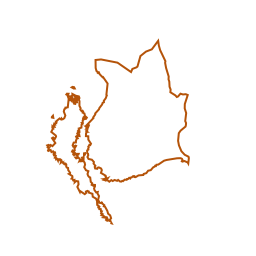 the district of Kota Bitung, Sulawesi Utara, Indonesia, rotated 125°
{"feature_id": "22746128B20507278995893", "entity_name": "Kota Bitung", "entity_type": "district", "adm_level": 2, "iso_a3": "IDN", "parent_name": "Indonesia", "parent_adm1": "Sulawesi Utara", "projection": "mercator", "projection_center": [125.223, 1.491], "detail": "fine", "context": "isolated", "style": "outline", "palette": "amber", "viewbox_px": 256, "rotation_deg": 125, "n_neighbors": 0, "source": "geoboundaries", "source_scale": "gbopen_adm2", "svg_char_len": 6041}
<svg xmlns="http://www.w3.org/2000/svg" viewBox="0 0 256 256"><g transform="rotate(125 128 128)"><path d="M87.3,189.4L90.9,193.6L97.4,188.9L99.4,186.5L99.4,184.5L100.8,184.6L99.7,184.4L100.2,184.3L100.2,184.1L99.2,183.7L100.2,182.0L101.0,177.8L100.6,177.6L103.3,170.2L113.3,164.7L113.4,164.1L116.5,163.3L119.6,163.4L120.7,162.5L122.0,163.2L123.6,162.7L128.1,162.9L129.3,162.5L134.9,163.2L135.7,162.6L139.3,162.6L139.7,162.0L149.6,163.5L149.6,162.6L148.1,162.5L148.1,161.6L150.3,161.1L151.1,162.9L151.4,161.3L152.0,161.0L152.3,161.7L152.6,161.7L151.9,160.7L153.5,160.0L154.3,160.3L154.4,159.6L154.7,160.2L155.1,159.8L154.9,160.0L154.4,159.4L154.6,159.2L156.3,159.4L158.8,157.8L157.6,155.8L160.3,153.8L162.1,149.3L163.7,149.1L164.0,150.0L164.5,150.0L164.1,149.8L166.1,149.8L166.5,149.0L167.8,148.8L168.4,148.1L169.8,148.6L172.1,146.9L172.1,145.9L173.2,144.9L175.0,144.6L176.0,142.6L174.7,139.4L175.4,136.4L176.9,135.8L177.7,133.0L178.9,133.0L180.0,131.7L179.0,129.8L178.0,130.1L177.0,129.3L176.6,126.8L177.5,125.3L180.3,124.4L179.9,119.0L180.7,118.6L180.7,118.0L182.2,117.2L181.8,116.9L182.0,116.7L183.8,118.6L183.6,117.6L180.7,115.8L181.7,115.8L184.1,117.3L183.8,116.5L184.4,116.7L182.6,115.0L182.7,112.5L180.3,111.8L180.2,110.1L178.3,109.2L177.5,106.6L176.2,106.3L176.4,103.9L175.8,102.8L174.6,102.4L174.4,101.6L172.2,101.1L171.2,99.4L170.4,99.6L169.7,98.7L168.3,98.5L168.1,97.3L167.3,97.6L166.5,96.7L164.5,96.2L163.8,95.2L164.5,94.6L163.9,93.6L160.8,92.2L157.7,88.5L156.6,88.8L154.5,87.1L151.4,87.0L149.5,85.2L145.7,84.8L144.3,84.0L143.4,84.1L143.1,83.3L141.8,83.6L140.6,82.2L134.1,79.7L132.0,78.0L124.6,70.4L122.5,67.5L122.3,66.1L122.9,65.0L124.4,64.8L124.3,64.1L122.7,62.9L122.0,59.4L122.5,58.3L117.7,60.9L116.8,62.0L117.4,66.2L116.4,70.9L113.0,76.3L109.8,79.6L103.1,83.4L100.0,83.4L93.8,81.7L92.3,82.3L90.6,83.3L89.5,85.1L82.4,88.9L79.4,92.8L75.8,95.2L66.7,98.0L67.2,100.1L69.0,102.2L69.8,104.7L73.5,105.1L74.6,105.8L74.1,107.9L74.4,113.8L72.0,115.2L70.4,117.6L66.3,120.8L64.9,122.7L62.5,124.2L57.0,131.2L53.3,135.0L51.8,135.7L45.8,146.3L42.8,150.0L39.3,153.3L49.9,153.6L55.1,157.1L61.9,159.1L72.2,155.5L73.4,155.8L77.1,158.3L80.4,157.6L80.5,174.1L87.3,189.4ZM215.0,91.2L214.4,88.8L213.3,90.2L211.6,90.1L209.8,92.5L209.6,95.1L207.7,97.5L205.6,101.8L206.0,102.9L204.8,103.2L204.6,106.2L205.8,108.8L204.7,109.6L204.5,111.1L200.4,112.7L199.0,115.7L197.8,116.1L199.0,117.2L198.1,119.8L196.9,121.2L194.7,121.6L193.6,122.4L194.2,123.4L195.2,123.4L195.4,125.2L193.8,125.6L193.5,127.6L190.2,130.6L190.5,131.4L190.0,133.3L188.9,134.8L186.1,135.7L186.7,138.2L185.2,141.4L182.7,142.1L181.2,143.7L180.6,145.5L177.4,147.6L178.7,148.7L179.8,146.8L180.8,146.9L181.2,146.2L182.2,147.4L181.2,147.6L181.1,148.4L182.6,148.9L181.4,149.2L180.8,150.7L180.8,151.7L182.6,153.0L182.3,154.1L180.8,152.2L179.9,153.2L179.7,154.4L178.2,154.4L177.9,153.5L177.5,153.6L178.8,155.5L181.2,156.7L181.1,157.6L179.2,157.6L179.8,158.6L179.1,159.5L179.4,160.3L178.2,160.5L177.9,158.8L176.8,158.8L175.7,160.0L172.4,160.3L172.5,160.9L174.7,162.0L174.0,163.4L171.1,164.1L169.7,162.4L168.2,163.4L165.6,163.9L165.2,163.4L164.9,164.0L165.5,164.4L164.8,165.6L163.4,165.1L162.4,163.1L161.2,164.4L162.1,165.5L161.7,166.4L160.2,166.5L159.3,165.4L158.4,166.0L158.8,167.3L156.2,167.3L156.2,167.7L154.4,166.4L151.8,168.0L150.6,167.6L150.3,168.7L149.6,168.1L147.9,169.4L146.6,169.2L146.4,170.1L144.7,170.6L143.9,170.4L143.7,169.3L145.2,168.3L144.5,167.6L143.1,167.7L142.8,170.2L141.1,172.0L141.4,173.9L140.3,174.1L139.9,175.2L140.8,175.8L140.2,177.7L139.0,178.1L137.7,180.5L133.9,183.1L132.7,184.7L131.1,185.2L130.3,186.4L131.4,189.0L132.0,186.2L132.6,186.0L132.3,185.1L133.8,185.4L133.7,186.9L136.1,184.6L136.7,185.7L138.5,185.0L139.0,186.1L137.1,188.1L136.5,187.8L136.5,188.4L135.8,187.7L135.7,188.3L133.2,188.4L132.4,190.6L131.7,190.7L132.0,193.1L133.2,192.2L134.8,192.9L135.7,194.2L136.0,195.2L135.4,196.1L134.1,196.4L134.9,197.7L135.9,197.7L135.8,196.5L137.7,193.9L137.4,192.1L136.2,192.2L135.0,191.0L135.6,190.0L136.4,191.0L138.0,189.9L137.6,191.2L138.5,191.4L138.9,192.9L145.6,189.2L147.2,190.9L147.7,190.4L149.2,190.9L151.4,190.0L153.7,186.5L156.5,185.8L158.4,186.5L158.8,187.1L158.4,187.9L159.4,187.8L159.4,189.5L163.0,190.5L164.0,190.0L164.3,190.6L165.3,189.6L166.4,190.8L167.1,189.7L167.7,190.6L168.4,190.2L169.1,189.0L169.5,189.9L170.5,189.3L170.1,190.8L171.1,190.2L171.3,189.2L175.2,188.6L175.6,182.8L176.3,182.0L178.9,181.7L178.7,183.9L179.9,184.4L182.0,178.9L186.2,179.5L186.3,181.5L187.3,181.4L187.3,183.3L188.6,184.2L189.0,182.9L189.8,182.8L189.5,181.3L190.4,181.4L191.1,180.1L191.5,180.8L192.4,180.6L192.5,180.1L190.4,178.8L191.6,176.9L190.1,176.0L190.5,175.1L189.8,173.9L190.2,173.4L191.5,174.3L192.3,173.8L192.8,173.0L191.9,172.5L192.2,171.1L194.3,170.9L193.8,169.6L194.9,168.9L194.0,168.2L194.9,166.6L193.5,167.2L192.6,165.9L193.3,165.2L192.5,164.6L192.6,164.0L194.9,163.1L193.5,162.7L194.1,159.7L193.2,159.5L193.0,158.7L193.9,158.5L193.5,157.5L195.0,156.5L195.5,155.5L195.1,154.2L196.8,152.8L197.9,149.7L198.6,149.4L199.5,150.0L199.3,146.1L200.2,145.2L201.8,145.2L201.5,144.5L202.1,143.3L201.4,142.4L202.3,142.3L202.0,141.0L203.0,140.5L201.2,140.1L200.3,138.2L202.5,136.2L205.3,135.7L208.0,130.7L207.1,131.0L207.0,125.5L205.0,125.0L204.2,126.0L202.8,125.2L202.5,123.7L203.4,123.1L202.3,119.4L204.5,117.5L204.2,113.7L205.6,111.5L208.7,109.1L208.5,107.6L209.6,107.1L209.2,106.4L210.2,106.3L210.2,105.2L210.8,104.9L210.1,103.8L211.7,102.4L211.3,101.6L213.3,101.1L213.1,99.4L214.6,99.7L214.0,96.8L214.3,95.0L215.1,94.4L213.8,95.0L213.3,94.2L215.0,91.2ZM127.0,197.4L126.8,195.1L126.2,194.3L125.5,195.6L126.1,197.0L127.0,197.4ZM163.4,197.2L162.5,195.0L161.0,196.5L163.0,196.7L163.4,197.2ZM174.5,148.0L173.3,148.8L174.0,149.5L175.6,148.4L174.5,148.0ZM216.7,91.8L215.4,91.9L214.7,93.4L215.9,93.3L216.0,92.1L216.7,91.8ZM203.3,106.9L204.1,106.9L204.2,106.5L203.3,106.9ZM215.1,96.5L214.9,96.1L214.6,95.9L214.7,96.3L215.1,96.5ZM215.3,87.1L215.6,87.0L215.5,86.7L215.3,87.1ZM194.8,161.2L194.3,161.0L194.1,161.1L194.8,161.2Z" fill="none" stroke="#b45309" stroke-width="2"/></g></svg>